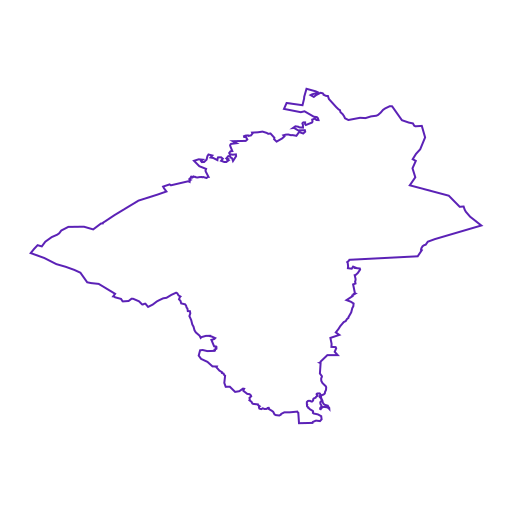 Stalbes pag., Pargaujas, Latvia (Robinson projection)
{"feature_id": "27541924B34232814184003", "entity_name": "Stalbes pag.", "entity_type": "district", "adm_level": 2, "iso_a3": "LVA", "parent_name": "Latvia", "parent_adm1": "Pargaujas", "projection": "robinson", "projection_center": [25.027, 57.415], "detail": "fine", "context": "isolated", "style": "outline", "palette": "violet", "viewbox_px": 512, "rotation_deg": 0, "n_neighbors": 0, "source": "geoboundaries", "source_scale": "gbopen_adm2", "svg_char_len": 6075}
<svg xmlns="http://www.w3.org/2000/svg" viewBox="0 0 512 512"><path d="M327.9,96.0L326.1,95.9L323.6,94.8L323.6,94.4L322.7,93.3L320.5,92.8L316.1,95.1L313.8,96.9L310.6,95.1L311.9,94.4L314.5,93.6L315.0,93.7L316.6,93.1L317.6,92.2L315.6,91.3L306.5,88.8L304.2,96.8L304.1,98.6L302.5,105.2L286.6,103.0L284.0,108.9L300.8,112.2L304.5,111.3L313.8,116.7L316.8,117.1L317.9,118.2L318.5,120.1L316.4,120.0L314.9,118.6L312.2,119.6L312.5,121.7L311.9,122.6L305.8,125.0L305.1,124.1L305.1,122.4L303.3,122.4L302.6,123.0L302.4,123.6L302.9,124.7L303.0,127.6L299.4,127.4L298.2,126.7L295.4,126.3L293.0,128.0L294.0,127.9L298.2,130.4L304.9,130.2L305.2,131.7L303.2,133.5L299.1,132.0L296.4,135.8L292.6,135.1L290.9,135.2L288.3,134.5L285.9,134.6L283.4,135.3L284.4,136.4L282.2,138.4L276.6,141.6L274.1,139.2L274.4,137.8L270.5,133.5L268.2,133.8L266.7,132.9L262.5,131.6L257.8,132.3L252.1,132.6L252.5,133.5L251.0,135.4L248.5,135.9L248.1,135.4L245.5,135.6L244.0,136.2L244.2,137.0L245.9,137.0L247.3,139.5L245.7,140.9L232.9,141.2L236.5,143.2L231.0,143.9L230.4,144.6L230.1,145.4L230.4,146.4L232.3,151.1L230.5,151.3L229.2,153.0L229.8,154.2L232.4,154.7L235.9,154.4L236.1,156.2L233.0,161.0L232.1,158.3L230.7,157.5L230.1,156.3L228.3,156.1L226.4,158.3L228.1,159.0L227.4,159.7L228.6,160.3L226.3,162.0L224.3,162.0L221.1,160.8L222.8,158.7L221.1,157.3L218.1,157.3L217.6,158.5L217.4,160.1L213.3,158.0L210.6,157.5L212.3,155.5L208.5,154.5L207.4,156.2L206.6,159.6L204.1,162.0L201.8,162.1L201.0,161.0L202.7,159.7L198.7,159.3L194.0,160.8L199.3,166.2L206.1,168.9L205.5,170.6L205.7,171.5L208.5,176.9L208.0,176.9L206.5,178.0L203.1,177.0L202.2,177.3L201.7,177.0L199.5,177.1L197.4,177.5L195.9,177.3L195.4,176.9L194.0,176.9L193.7,176.5L192.6,177.4L191.9,176.6L191.1,176.7L191.0,177.1L191.4,177.1L190.8,177.7L191.0,177.8L190.5,178.1L190.5,178.4L190.1,178.5L190.2,179.1L189.4,179.3L189.8,180.0L190.1,180.1L189.7,180.3L189.8,181.0L189.3,181.3L189.4,181.8L188.1,181.3L170.9,185.3L169.6,184.4L163.1,186.6L164.0,188.3L166.4,191.5L157.5,194.6L138.5,200.6L114.7,215.0L102.9,222.8L102.8,223.4L101.0,223.5L93.2,229.4L83.9,226.7L68.3,226.9L61.3,230.5L59.2,233.3L57.2,234.7L51.7,237.1L45.3,241.7L41.8,246.4L37.6,245.2L34.1,248.9L30.7,253.1L44.3,258.0L56.3,264.1L65.7,266.8L74.3,269.9L80.4,272.7L87.2,282.3L91.2,283.1L98.7,283.9L115.1,293.8L113.2,296.4L113.9,296.5L115.1,297.3L121.0,298.9L122.6,301.3L122.9,301.4L128.6,301.0L131.6,298.7L133.2,298.8L139.0,301.3L142.1,304.4L142.8,304.5L144.4,303.8L145.4,303.7L148.1,306.9L152.7,304.6L156.9,301.4L159.4,300.1L163.2,298.3L166.5,297.8L171.5,294.8L176.1,292.7L177.3,293.3L178.5,295.4L180.4,296.5L179.9,297.0L179.0,299.3L180.5,300.9L181.2,303.4L185.1,304.3L186.1,305.7L186.6,307.6L187.4,308.5L187.8,311.1L189.9,311.2L190.3,313.3L189.4,316.1L191.2,320.1L192.3,324.5L193.5,326.6L194.5,330.3L195.8,332.4L199.6,335.7L200.7,337.9L201.5,337.1L205.8,335.9L209.9,335.8L209.8,336.1L211.6,336.5L215.2,338.1L214.3,339.0L211.4,339.9L214.1,346.3L216.1,346.5L216.5,347.0L216.4,347.6L215.9,347.4L215.9,347.7L216.2,348.3L215.9,348.4L216.1,348.9L215.2,349.3L215.1,349.8L214.8,349.8L214.9,350.3L214.3,350.3L213.6,350.7L213.7,350.9L207.3,351.1L202.7,350.0L200.1,350.3L198.7,355.6L201.1,358.9L207.5,361.9L212.5,366.4L216.8,366.5L216.4,367.3L219.4,370.6L222.1,372.3L222.0,373.0L223.6,373.6L224.2,375.0L225.1,375.7L224.3,382.9L225.7,386.8L229.8,386.7L235.1,391.9L239.3,391.2L243.0,388.6L244.1,388.8L243.4,390.1L243.4,390.9L247.3,393.9L249.6,394.2L250.8,395.3L251.2,396.3L249.5,397.8L249.8,400.0L249.5,400.3L251.5,401.8L252.3,403.4L253.2,403.9L257.9,404.4L258.0,405.0L259.6,406.2L259.1,406.5L258.9,407.0L259.3,408.5L259.9,408.8L261.4,409.1L262.7,408.3L264.6,409.0L266.7,408.9L267.6,408.0L268.7,407.8L268.9,408.1L268.6,408.7L268.8,409.0L271.7,410.7L273.2,411.8L274.5,414.4L275.8,415.1L279.3,415.5L280.8,414.7L281.2,413.9L284.4,412.3L290.0,412.3L297.3,411.6L297.6,412.3L298.3,412.8L299.0,423.2L312.5,422.9L312.7,422.1L312.9,421.9L316.0,420.6L320.0,421.1L321.6,419.3L321.2,416.2L317.9,414.4L313.7,413.5L312.9,412.9L313.1,411.5L312.9,411.0L309.7,409.1L309.0,408.3L308.2,407.8L308.3,407.4L307.2,406.5L307.0,406.0L307.0,404.9L307.2,404.7L306.8,404.0L306.9,402.0L307.9,401.0L308.8,400.8L310.3,400.9L311.2,401.5L312.1,401.5L313.1,400.5L313.2,399.2L313.7,398.5L315.6,397.7L315.9,397.0L317.5,395.8L316.6,394.3L316.7,393.9L317.3,393.5L319.6,393.4L320.1,393.8L320.3,395.1L319.6,396.4L319.7,397.0L320.9,398.2L321.7,400.3L321.3,401.1L320.3,402.2L320.4,403.8L321.5,405.7L321.5,406.3L320.2,408.1L320.2,409.0L320.7,409.2L321.8,407.6L322.5,407.4L323.0,407.0L324.0,406.9L327.1,407.3L328.5,408.1L329.3,409.0L329.2,407.8L327.8,406.2L327.8,405.7L324.8,404.8L323.9,404.2L322.8,402.6L322.4,400.6L321.1,397.9L321.1,395.3L323.5,394.6L324.8,393.5L325.0,392.0L326.0,389.9L326.2,387.4L325.9,386.4L322.5,383.1L321.4,381.1L321.2,380.1L321.2,378.3L321.9,376.8L321.9,376.2L319.9,373.5L320.6,363.2L319.8,362.8L320.6,362.6L320.6,361.6L327.4,355.1L337.7,355.1L334.7,351.8L336.2,348.3L335.6,347.1L331.4,346.9L331.6,343.9L330.4,337.9L339.3,334.9L335.8,332.4L338.4,329.1L340.3,326.1L343.7,322.1L345.7,321.1L346.9,319.1L348.4,317.9L348.5,317.1L351.2,312.4L352.3,308.1L353.3,306.3L353.6,303.5L350.8,301.7L346.5,300.1L352.6,296.1L352.3,295.4L355.3,293.6L354.5,293.4L354.9,293.1L353.1,284.4L355.5,283.5L355.1,281.5L355.4,280.8L355.6,279.1L354.7,275.2L355.6,275.0L357.8,273.0L360.1,269.6L359.8,268.5L355.2,268.0L355.5,267.6L353.1,266.6L351.7,268.7L347.9,268.2L348.1,266.1L347.7,262.8L347.2,262.1L348.8,260.8L349.4,259.8L417.7,256.3L421.8,250.2L421.0,249.8L421.4,248.2L422.6,246.2L424.1,245.2L425.7,244.7L427.8,241.7L434.9,239.1L481.3,225.5L470.1,216.7L465.8,211.7L464.7,209.7L463.6,206.5L459.7,206.8L448.8,195.7L409.8,185.3L415.3,177.3L412.5,168.3L415.8,160.9L412.7,159.2L416.0,153.9L420.2,149.3L425.1,137.4L421.8,125.9L415.4,126.3L414.2,125.7L412.9,123.4L408.9,122.6L401.9,120.2L392.1,106.3L389.8,106.2L385.2,108.4L383.0,109.9L380.7,112.6L378.1,114.9L376.4,115.7L371.0,116.4L365.5,118.1L360.0,117.8L348.4,120.0L345.0,118.3L344.1,116.3L342.7,114.2L340.5,112.2L339.9,110.1L338.7,109.5L336.2,107.1L328.9,99.0L327.9,96.0Z" fill="none" stroke="#5b21b6" stroke-width="2"/></svg>